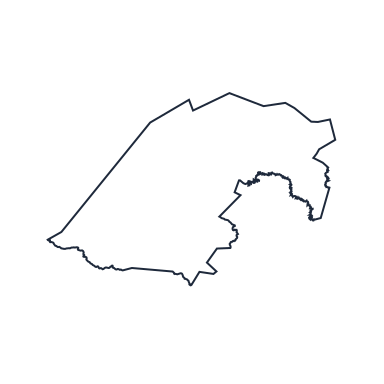 Middle Ramu District, Madang, Papua New Guinea, rotated 346°
{"feature_id": "67681753B72942369161331", "entity_name": "Middle Ramu District", "entity_type": "district", "adm_level": 2, "iso_a3": "PNG", "parent_name": "Papua New Guinea", "parent_adm1": "Madang", "projection": "mercator", "projection_center": [144.728, -4.954], "detail": "fine", "context": "isolated", "style": "outline", "palette": "slate", "viewbox_px": 384, "rotation_deg": 346, "n_neighbors": 0, "source": "geoboundaries", "source_scale": "gbopen_adm2", "svg_char_len": 6050}
<svg xmlns="http://www.w3.org/2000/svg" viewBox="0 0 384 384"><g transform="rotate(346 192 192)"><path d="M40.4,203.4L40.5,203.7L41.0,204.2L42.0,204.1L42.5,204.4L42.5,204.7L42.0,205.7L42.1,206.1L42.3,206.4L43.4,206.5L43.8,206.7L45.1,207.6L45.3,208.0L45.4,208.9L46.3,211.0L46.7,211.3L47.3,211.5L48.0,212.5L48.4,212.9L49.0,213.1L49.9,213.1L51.0,214.2L51.5,215.0L52.5,215.5L52.8,215.6L54.0,216.2L55.3,216.5L56.6,216.4L57.8,216.6L59.3,216.8L59.8,217.1L60.6,217.0L61.3,216.8L61.8,216.8L63.0,217.1L63.9,217.1L64.9,217.6L66.6,217.7L67.7,218.1L68.1,218.6L68.1,218.9L67.4,219.8L67.5,220.6L69.5,221.8L69.9,222.0L70.8,222.0L71.3,222.1L72.1,223.1L72.3,224.4L71.6,225.8L71.6,226.3L72.2,226.9L72.2,227.2L72.0,227.5L71.3,227.8L71.0,228.1L71.0,228.4L71.5,228.8L73.0,229.2L73.7,229.8L73.8,230.4L73.7,231.0L73.2,231.7L73.2,232.1L73.4,232.6L74.4,234.3L74.7,234.6L75.7,235.3L76.2,236.7L77.5,237.7L78.0,238.8L79.2,239.8L80.2,241.2L81.0,241.6L82.1,241.3L82.6,241.3L82.9,241.6L83.1,241.9L83.1,242.6L83.4,243.5L83.8,243.8L85.2,243.8L86.0,244.5L86.5,245.3L87.4,245.3L89.1,244.5L90.3,244.4L92.8,245.6L93.4,245.6L94.2,245.2L94.8,244.7L95.2,244.6L95.9,244.7L96.5,244.1L96.8,244.1L97.1,244.3L97.1,245.0L96.7,245.5L96.7,245.9L97.2,246.5L97.9,246.8L99.1,248.5L100.2,249.0L101.1,248.7L102.2,249.1L103.0,250.0L103.3,250.1L104.2,250.0L105.1,250.9L105.8,251.3L115.3,251.2L154.0,264.5L155.0,266.1L154.9,266.7L155.1,267.2L155.5,267.1L156.4,267.6L157.5,268.1L157.8,268.3L161.3,268.1L162.2,268.5L162.5,268.9L162.7,269.5L162.9,270.9L162.8,271.6L163.0,272.5L163.8,273.4L163.9,273.8L163.8,274.3L164.1,274.6L164.7,274.7L166.2,275.8L166.5,276.6L167.1,277.2L167.1,278.4L167.4,280.1L167.1,281.1L167.8,282.0L168.1,282.2L168.9,281.5L169.2,281.8L179.9,271.3L193.0,276.7L196.5,275.0L189.4,264.1L202.5,252.9L215.6,255.6L215.9,255.4L216.2,254.5L216.2,253.3L215.9,252.3L216.1,251.3L217.0,250.7L217.5,250.0L217.8,249.9L219.1,250.0L220.0,249.4L220.4,249.4L220.9,249.8L221.6,249.4L222.1,249.6L222.7,249.0L222.9,248.5L224.6,247.5L225.0,246.6L224.6,245.4L224.8,244.6L225.2,244.3L226.4,243.9L225.9,242.6L225.5,241.9L225.8,241.0L226.1,240.7L226.1,239.9L225.7,239.7L225.8,239.4L225.5,239.3L224.7,239.2L224.3,238.9L223.3,239.3L222.6,238.9L222.4,238.1L222.6,236.9L223.5,235.8L225.4,235.3L225.4,234.7L223.0,233.0L222.0,230.9L221.0,229.8L220.7,228.9L220.0,228.0L217.1,226.6L216.6,225.7L214.4,224.5L213.3,223.1L212.6,222.5L238.3,206.8L233.3,202.6L240.4,192.1L241.4,192.3L244.0,195.9L245.7,197.2L246.7,197.1L247.8,196.8L248.6,198.3L248.6,198.8L248.3,199.4L249.4,199.4L249.6,198.9L249.3,197.6L249.7,197.3L250.5,197.6L251.2,198.2L251.4,197.2L251.2,196.6L250.7,196.1L250.1,196.2L249.5,195.9L249.1,195.5L249.3,195.1L249.9,195.1L250.1,195.4L251.4,196.0L251.8,196.5L253.5,197.0L254.6,195.8L254.9,194.7L255.3,195.1L255.2,195.6L254.7,196.4L253.5,197.5L253.7,198.0L254.4,198.2L255.0,198.2L255.3,197.9L255.5,196.8L255.8,196.6L258.0,197.8L258.4,197.3L258.8,196.5L259.8,197.2L259.9,196.9L259.1,196.0L258.7,195.8L257.4,195.7L257.1,195.5L257.2,193.6L257.8,192.9L258.2,191.9L259.0,191.9L259.3,191.3L259.7,191.0L260.1,191.4L261.6,191.2L261.3,190.7L260.7,190.3L260.8,189.1L261.4,188.9L263.0,189.3L263.0,190.1L263.8,190.9L265.0,190.7L265.3,191.1L264.6,192.1L265.1,192.2L265.8,191.9L266.4,192.9L266.7,192.9L266.9,192.0L267.5,192.5L268.5,192.8L269.3,193.8L270.5,194.4L270.9,194.2L271.1,193.5L271.0,193.0L270.8,192.6L270.9,192.2L271.2,192.2L271.5,192.5L271.4,193.4L272.4,193.6L272.9,194.2L273.2,194.0L273.6,192.5L274.5,192.5L274.6,192.9L275.4,193.8L276.1,194.1L276.3,194.6L277.2,194.9L277.2,195.9L278.0,195.8L278.5,195.7L278.9,195.3L279.2,195.9L280.0,196.1L280.8,195.7L281.3,195.9L282.1,197.4L282.7,197.3L283.2,198.3L284.4,198.8L284.7,199.4L283.5,199.9L283.7,200.2L284.5,199.9L285.7,200.3L285.6,200.7L285.2,201.0L285.3,201.2L286.4,201.5L287.0,201.4L287.4,202.2L288.2,201.6L288.2,202.5L288.7,203.1L289.4,203.3L289.8,203.8L289.4,204.4L290.0,206.2L289.6,206.8L289.9,208.0L289.1,208.3L289.7,208.7L290.1,209.2L289.4,209.7L289.0,209.5L287.9,211.3L287.9,211.7L289.1,211.6L289.5,212.0L288.4,213.1L288.5,213.9L288.9,213.9L288.5,214.8L288.7,215.2L287.7,215.8L288.4,216.0L287.8,216.9L287.0,217.0L287.7,217.2L287.9,217.4L287.5,217.5L288.0,218.1L287.6,218.3L287.2,218.8L287.8,218.7L288.5,220.8L288.9,220.2L289.3,220.9L290.6,220.7L291.6,221.2L291.9,222.0L291.5,222.6L292.6,222.3L292.7,223.3L292.2,223.8L292.8,224.1L293.2,223.7L293.9,223.9L294.3,223.4L294.6,224.5L295.1,225.2L295.3,224.6L296.2,224.8L296.4,225.4L295.9,225.0L296.1,226.1L296.6,225.9L297.2,226.3L296.7,226.5L297.5,227.4L297.7,226.6L298.9,228.3L299.7,228.7L300.8,228.2L300.7,228.7L301.3,228.6L302.1,229.5L301.9,230.1L302.2,230.8L302.1,231.4L301.2,231.6L300.8,232.8L301.6,232.4L302.1,233.0L303.0,233.3L302.7,234.1L303.5,234.8L302.4,236.6L303.0,236.9L303.9,236.5L304.2,237.4L305.0,237.5L304.9,237.8L303.7,238.0L303.0,239.3L302.3,239.1L302.1,239.5L302.3,240.4L301.5,240.6L302.0,241.2L301.9,242.2L300.8,242.6L301.5,242.8L301.4,243.4L302.6,243.9L302.7,244.2L302.3,244.4L302.2,245.7L301.9,245.7L301.7,244.7L301.1,244.9L300.3,246.1L300.1,244.7L299.4,245.2L299.4,246.2L300.0,247.1L300.3,246.5L301.3,245.9L301.8,245.8L301.8,246.4L301.4,247.7L302.2,248.2L302.6,249.0L302.9,249.0L303.1,248.2L303.4,248.1L303.4,248.5L310.6,248.4L326.4,221.0L325.6,220.5L325.0,220.6L324.1,219.5L323.7,219.9L323.6,220.6L323.5,219.6L323.6,219.1L323.3,218.8L323.6,218.6L323.3,217.5L322.9,217.4L322.9,217.1L323.4,216.4L323.9,216.2L324.0,215.7L323.9,215.1L324.8,214.3L325.1,214.4L327.0,214.1L325.9,213.4L326.1,213.2L326.3,212.2L327.5,212.2L327.5,211.5L326.8,211.5L326.6,211.2L327.0,210.8L327.1,210.4L327.3,210.5L327.1,210.0L326.8,210.0L326.3,210.3L326.2,209.2L325.8,209.2L325.5,208.9L325.4,208.4L325.8,207.5L325.7,206.5L326.6,205.8L328.3,205.4L328.1,204.9L328.2,204.2L328.7,204.5L329.4,204.2L329.1,203.7L329.0,203.3L329.3,203.3L329.5,201.8L329.3,201.5L330.0,201.1L326.0,195.2L318.0,188.3L322.2,185.0L325.7,181.3L343.6,176.0L343.4,155.0L331.1,154.5L324.7,152.6L311.7,135.3L304.1,128.1L282.2,126.0L252.2,105.1L212.7,113.2L211.4,101.8L168.2,114.5L55.6,199.2L40.4,203.4Z" fill="none" stroke="#1e293b" stroke-width="2"/></g></svg>